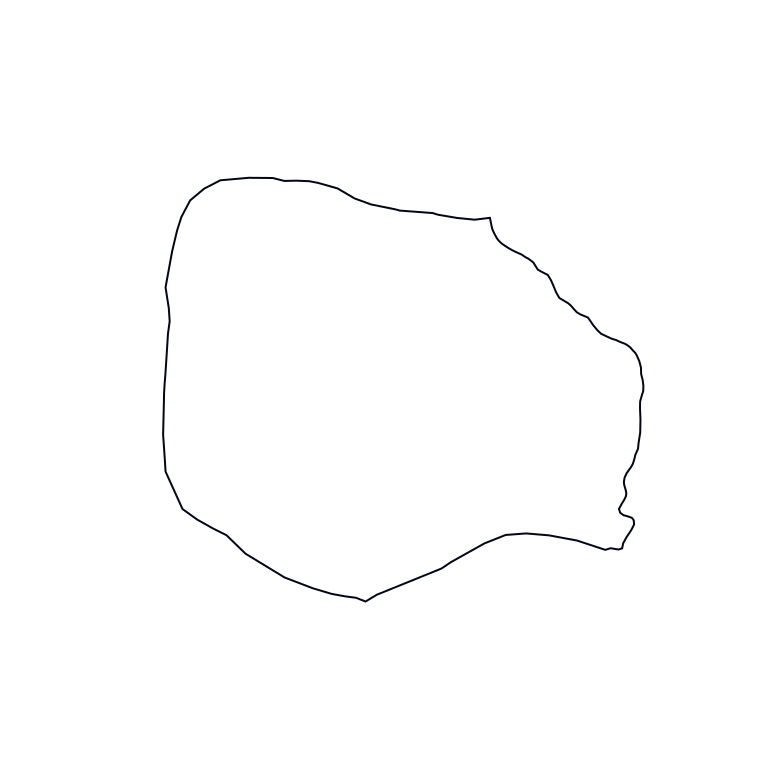 Esquipulas Palo Gordo, San Marcos, Guatemala (Mercator projection), rotated 242°
{"feature_id": "79465075B77634541568433", "entity_name": "Esquipulas Palo Gordo", "entity_type": "district", "adm_level": 2, "iso_a3": "GTM", "parent_name": "Guatemala", "parent_adm1": "San Marcos", "projection": "mercator", "projection_center": [-91.852, 14.925], "detail": "fine", "context": "isolated", "style": "outline", "palette": "ink", "viewbox_px": 768, "rotation_deg": 242, "n_neighbors": 0, "source": "geoboundaries", "source_scale": "gbopen_adm2", "svg_char_len": 1870}
<svg xmlns="http://www.w3.org/2000/svg" viewBox="0 0 768 768"><g transform="rotate(242 384 384)"><path d="M481.0,555.5L486.5,541.2L496.3,526.5L508.0,511.3L512.1,507.2L529.8,479.2L532.7,476.2L548.6,456.9L561.7,445.1L578.5,434.8L592.5,420.2L598.1,413.3L604.6,402.2L610.1,391.3L618.1,382.5L629.6,361.3L640.7,335.1L640.9,316.8L637.1,299.0L626.5,283.4L616.7,273.4L600.7,259.3L571.9,236.5L552.0,229.6L540.0,224.2L529.7,216.8L506.3,202.4L494.5,195.1L488.0,190.9L479.5,185.7L470.7,180.8L443.0,165.2L419.5,154.7L409.2,150.0L368.2,147.4L351.8,155.5L336.4,165.4L324.5,173.9L299.1,182.1L259.8,205.4L237.2,225.1L223.2,239.3L214.9,249.8L208.4,258.9L200.6,265.6L201.3,278.8L194.1,348.1L195.3,359.7L196.1,397.8L193.6,420.5L185.4,439.2L173.0,458.5L155.2,480.9L133.7,501.5L132.6,507.0L127.8,513.3L127.1,517.1L131.1,520.4L135.0,526.4L137.6,531.3L139.3,534.3L142.6,538.9L146.4,540.5L149.4,540.1L152.5,537.3L155.7,533.9L159.4,532.1L163.4,532.8L165.5,536.0L167.3,538.8L168.9,541.6L171.3,544.9L173.8,546.7L177.2,547.7L182.5,548.8L185.2,550.0L188.5,552.6L191.4,556.5L192.8,559.3L194.7,563.2L196.8,566.4L200.2,569.8L203.4,572.6L207.6,577.9L212.7,581.3L220.8,587.4L232.3,593.8L242.7,598.8L248.4,602.0L252.6,606.0L256.1,609.6L260.7,612.2L265.9,614.2L272.0,615.7L277.9,618.6L284.2,620.1L290.2,620.6L293.3,620.5L296.5,619.6L300.7,618.6L303.6,617.3L306.3,615.7L310.8,611.8L313.9,609.5L317.0,606.4L321.8,602.7L326.4,599.3L331.1,597.7L337.3,596.4L346.8,595.3L349.7,593.0L353.2,590.1L356.9,587.9L361.1,586.8L365.5,585.8L368.9,584.5L374.0,581.4L377.7,579.2L384.1,579.0L388.1,579.4L396.0,580.1L399.0,580.1L403.4,579.8L409.3,575.7L412.8,573.5L416.8,573.2L421.2,572.9L426.9,570.3L429.6,568.4L433.8,566.2L437.0,563.7L440.1,561.3L443.7,558.9L446.3,557.3L452.6,553.9L456.6,552.6L459.6,552.1L464.1,552.0L469.9,552.3L472.8,553.1L476.5,554.2L481.0,555.5Z" fill="none" stroke="#020617" stroke-width="2"/></g></svg>